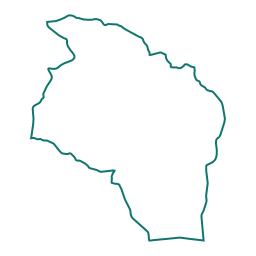 Govi-Altay, Robinson projection
{"feature_id": "MNG-3319", "entity_name": "Govi-Altay", "entity_type": "Province", "adm_level": 1, "iso_a3": "MNG", "parent_name": "Mongolia", "parent_adm1": "", "projection": "robinson", "projection_center": [95.669, 45.25], "detail": "fine", "context": "isolated", "style": "outline", "palette": "teal", "viewbox_px": 256, "rotation_deg": 0, "n_neighbors": 0, "source": "natural_earth", "source_scale": "10m", "svg_char_len": 3238}
<svg xmlns="http://www.w3.org/2000/svg" viewBox="0 0 256 256"><path d="M38.0,139.3L37.1,139.2L34.3,138.1L33.4,138.0L31.1,138.2L31.2,137.9L33.2,123.9L33.5,118.6L32.7,108.8L33.0,107.3L33.7,106.3L34.6,105.5L38.8,103.3L39.6,102.7L40.4,101.8L41.7,99.3L42.1,98.7L43.1,98.2L43.6,97.5L43.6,96.7L43.3,94.4L43.4,93.6L46.9,86.2L51.1,79.9L51.6,78.6L51.8,77.2L51.6,75.8L51.0,74.4L48.8,70.6L48.4,69.8L48.3,68.8L48.8,68.4L49.6,68.4L50.4,68.6L54.2,68.9L55.2,68.8L57.2,68.2L61.1,65.0L64.3,63.3L71.6,60.5L73.1,59.5L74.0,58.3L74.4,57.5L74.4,55.8L73.2,53.6L70.0,49.6L68.0,46.4L67.3,44.7L67.0,43.1L67.0,41.9L67.1,40.7L66.8,39.8L66.3,39.1L63.9,38.1L59.0,35.4L51.6,29.6L49.0,27.5L47.6,25.8L47.4,25.0L47.3,24.3L47.2,21.9L55.8,21.1L60.2,19.6L64.9,17.5L68.2,15.6L69.3,15.4L70.5,15.4L72.4,15.7L73.9,16.3L74.8,16.7L75.9,17.6L76.3,17.8L76.7,17.9L79.2,18.2L83.3,19.4L88.0,19.8L92.1,19.7L92.7,19.6L94.0,19.2L94.3,19.1L95.4,19.2L96.5,19.1L99.5,19.9L100.6,20.4L101.2,21.0L102.0,21.9L102.6,22.8L103.1,23.6L103.5,24.1L103.9,24.5L104.5,25.0L105.7,25.1L107.2,24.4L108.2,24.0L117.2,24.5L118.7,25.4L119.9,25.9L121.1,26.3L121.4,26.4L123.6,28.2L126.0,29.7L138.9,36.7L139.9,37.1L140.4,37.2L141.6,37.8L142.3,38.5L142.8,39.1L143.6,41.3L144.5,43.0L146.6,45.2L147.3,46.3L148.0,49.4L148.8,51.3L149.4,52.2L149.7,54.9L150.9,54.9L160.1,52.5L161.4,52.6L162.6,53.3L165.6,54.6L166.0,57.4L166.3,58.6L166.9,60.0L168.0,61.4L170.5,63.8L170.8,64.5L170.7,66.1L170.9,66.7L171.1,67.1L172.8,67.4L176.7,67.4L177.0,67.5L177.5,67.7L178.4,68.1L178.7,68.2L179.2,68.2L180.1,68.1L180.6,68.0L181.9,67.3L183.7,65.9L184.0,65.5L184.5,64.8L184.7,64.6L184.9,64.5L185.6,64.3L187.1,64.3L188.8,65.3L191.4,66.7L194.3,67.3L194.7,70.4L194.4,74.0L194.5,75.1L194.8,76.1L195.1,77.1L196.0,79.1L196.3,79.7L196.8,80.2L198.4,81.0L199.2,81.4L199.8,82.3L200.5,84.4L201.2,85.2L204.4,87.1L205.4,88.0L206.7,89.7L207.5,90.2L208.3,90.5L210.1,91.1L211.2,91.2L212.2,91.5L212.8,91.8L214.1,93.1L221.0,101.4L222.0,103.3L222.7,105.9L224.9,118.4L224.7,120.2L224.3,122.5L220.4,134.9L219.3,136.9L218.8,137.4L217.4,138.4L216.9,138.9L216.4,139.8L216.1,140.8L216.0,142.4L216.0,143.8L216.8,149.7L216.7,154.3L216.6,155.6L216.0,157.7L215.4,159.1L214.6,160.3L214.1,160.9L213.3,161.6L211.6,162.8L207.0,165.0L206.4,165.6L206.2,166.6L206.2,170.6L207.6,182.1L207.7,183.4L206.1,195.8L206.5,199.8L206.5,201.2L206.2,202.6L203.5,210.9L201.7,214.4L201.5,215.6L201.5,217.0L203.6,240.5L191.6,239.1L179.7,237.6L166.6,238.9L153.6,240.1L150.1,240.6L149.6,240.5L149.3,240.5L149.0,239.7L148.5,234.1L148.3,233.1L147.9,232.1L147.0,231.1L132.9,218.5L131.7,217.0L131.0,215.3L130.6,213.5L130.5,211.4L130.2,209.8L125.1,199.8L121.4,189.1L119.4,185.1L118.5,184.2L117.2,183.8L115.3,183.8L111.9,182.9L111.6,182.5L111.6,181.4L111.9,178.8L111.7,176.6L111.7,176.2L111.9,175.7L112.4,174.8L112.6,173.6L113.1,172.8L114.2,171.6L114.5,170.7L113.8,170.4L101.4,171.8L99.9,171.6L96.7,170.0L90.1,168.2L89.2,167.8L88.7,167.3L88.3,166.5L87.8,165.8L85.3,163.7L80.7,161.1L79.6,160.6L77.3,160.6L76.3,160.3L75.7,159.6L74.8,157.6L74.1,156.8L71.2,153.9L70.7,153.6L70.1,153.4L69.5,153.3L67.9,154.0L66.3,154.0L63.3,153.6L61.6,153.1L59.7,151.2L54.0,144.0L53.1,143.3L47.2,140.6L43.5,140.4L42.7,140.2L41.3,139.4L40.6,139.1L39.8,139.0L38.0,139.3Z" fill="none" stroke="#0f766e" stroke-width="2"/></svg>